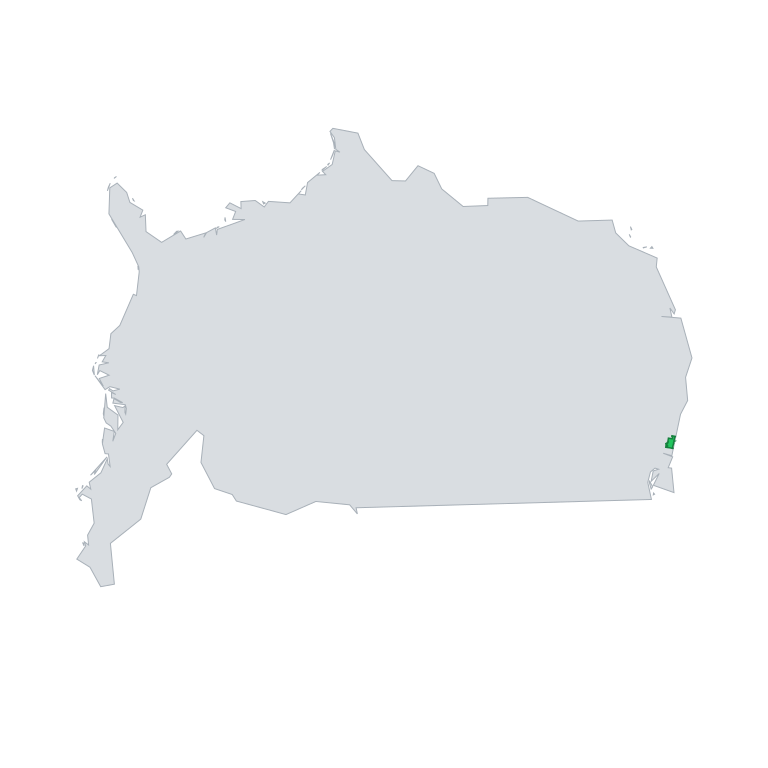 location of Tillamook, Oregon, United States of America, rotated 189°
{"feature_id": "52423323B79399989430329", "entity_name": "Tillamook", "entity_type": "district", "adm_level": 2, "iso_a3": "USA", "parent_name": "United States of America", "parent_adm1": "Oregon", "projection": "orthographic", "projection_center": [-123.717, 45.414], "detail": "fine", "context": "in_parent", "style": "filled", "palette": "green", "viewbox_px": 768, "rotation_deg": 189, "n_neighbors": 0, "source": "geoboundaries", "source_scale": "gbopen_adm2", "svg_char_len": 4597}
<svg xmlns="http://www.w3.org/2000/svg" viewBox="0 0 768 768"><g transform="rotate(189 384 384)"><path d="M603.1,212.5L629.3,183.8L619.0,144.1L632.1,139.5L645.7,157.0L660.0,163.0L653.3,177.4L655.2,181.3L650.6,178.8L653.1,188.4L648.5,201.2L655.0,224.6L664.8,228.0L667.3,224.1L664.3,221.4L666.3,222.1L669.1,225.7L661.6,236.9L657.2,234.3L659.8,240.9L649.7,252.0L645.6,266.8L644.0,261.8L641.6,259.7L645.2,271.8L648.6,271.6L652.8,280.9L653.1,296.8L643.0,295.0L642.9,285.0L641.2,293.3L647.2,299.7L652.3,302.1L655.5,306.7L657.4,331.0L653.7,317.7L641.9,311.7L639.8,297.1L635.6,305.3L646.7,320.5L638.1,319.9L636.3,322.0L635.4,315.3L634.4,313.8L634.6,319.5L636.3,323.1L648.8,322.7L648.4,327.3L641.3,324.5L639.2,324.7L648.0,327.9L650.9,327.6L651.8,332.9L647.3,331.7L655.0,334.8L654.4,336.5L650.6,334.8L644.1,337.6L654.3,338.5L658.6,334.8L670.8,347.0L660.9,338.0L666.1,344.9L656.9,349.7L666.8,352.8L668.6,348.3L668.3,358.2L659.1,361.9L665.8,361.8L663.2,368.6L669.5,367.4L661.1,375.9L661.6,391.0L654.1,400.5L645.6,433.4L642.3,432.6L643.3,456.4L644.6,461.5L653.2,474.4L682.3,509.0L685.5,534.8L679.0,540.7L668.1,532.9L663.4,523.6L649.4,518.0L651.0,510.6L646.2,513.8L642.9,497.3L625.8,489.1L608.8,503.3L602.4,496.2L583.8,505.3L585.0,500.6L582.9,505.8L575.0,511.8L572.6,504.9L572.8,510.6L547.1,524.7L559.3,522.9L557.5,531.2L567.9,533.3L564.6,538.8L552.6,534.9L553.9,541.8L539.9,545.1L530.0,540.1L526.7,546.3L505.2,548.2L496.0,562.0L498.3,558.3L491.3,558.4L491.0,571.0L480.4,583.0L482.7,579.8L474.3,581.6L478.0,584.4L469.5,592.7L468.6,606.6L463.8,606.1L468.3,608.2L471.5,619.5L476.9,625.0L474.5,628.5L449.0,627.7L440.1,612.5L407.9,586.1L394.5,587.9L384.6,604.9L367.4,599.9L357.5,585.7L333.6,571.7L309.4,576.5L310.4,583.7L271.3,590.8L217.7,575.3L184.3,581.6L178.8,569.5L163.8,558.8L133.9,551.1L133.4,542.2L107.8,502.9L108.4,498.6L113.5,503.8L110.1,495.1L120.5,494.1L101.1,495.5L83.9,457.9L87.2,437.8L81.5,415.2L86.4,400.5L88.5,358.2L97.4,359.3L87.5,357.2L90.2,345.8L86.8,345.9L80.6,322.1L102.1,326.1L98.2,338.7L104.9,329.7L104.5,340.2L99.5,342.8L103.2,343.3L107.1,338.8L108.1,328.1L101.8,311.8L392.2,257.4L390.0,251.5L399.0,259.3L433.0,257.3L460.4,239.7L511.5,245.3L516.6,251.1L535.0,254.2L552.5,277.9L553.8,304.8L561.5,309.0L586.1,270.7L579.6,262.0L581.4,258.3L598.1,245.1L603.1,212.5ZM655.5,253.3L659.6,248.0L646.2,268.7L655.9,249.3L655.5,253.3ZM103.7,322.0L106.7,328.6L106.6,329.6L102.5,324.6L103.7,322.0ZM476.1,623.2L470.8,614.2L469.7,608.4L471.5,614.2L476.1,623.2ZM654.9,177.1L656.7,179.9L655.7,180.0L654.9,177.1ZM531.1,543.0L532.3,545.1L529.6,544.1L531.1,543.0ZM145.8,560.6L149.1,559.0L149.3,559.4L145.8,560.6ZM142.1,559.8L140.9,561.6L139.6,560.1L142.1,559.8ZM666.0,233.4L665.9,236.4L665.3,236.3L666.0,233.4ZM470.4,602.4L469.6,607.6L471.9,597.2L470.4,602.4ZM673.3,497.3L678.9,504.2L672.6,496.8L673.3,497.3ZM163.6,567.6L165.2,570.2L163.4,567.9L163.6,567.6ZM687.0,535.3L685.8,539.5L687.4,531.5L687.0,535.3ZM674.1,351.8L673.7,356.6L671.5,347.5L674.1,351.8ZM100.7,316.6L100.7,318.5L99.5,317.5L100.7,316.6ZM478.6,586.2L474.6,589.9L478.5,585.5L478.6,586.2ZM670.9,230.1L672.1,232.2L670.4,233.0L670.9,230.1ZM163.9,574.9L165.2,578.0L163.4,575.3L163.9,574.9ZM473.9,592.1L472.3,593.9L473.5,591.5L473.9,592.1ZM656.6,310.8L656.8,316.9L656.0,308.9L656.6,310.8ZM495.1,564.6L492.7,567.5L496.0,562.8L495.1,564.6ZM644.7,458.4L645.6,462.3L644.4,459.9L644.7,458.4ZM670.5,367.4L670.1,368.6L671.0,364.4L670.5,367.4ZM615.2,498.8L612.7,502.4L611.4,502.7L615.2,498.8ZM573.6,511.8L573.2,512.8L571.3,513.6L573.6,511.8ZM660.2,526.0L661.5,528.2L659.5,525.8L660.2,526.0ZM566.9,521.1L567.1,523.7L565.7,519.6L566.9,521.1ZM682.3,545.7L680.7,547.1L682.8,544.8L682.3,545.7ZM653.2,282.7L653.5,285.7L652.9,281.6L653.2,282.7ZM672.5,358.6L672.0,360.1L671.7,360.1L672.5,358.6Z" fill="#d9dde1" stroke="#a8b0b8" stroke-width="1"/><path d="M94.6,371.4L94.3,371.4L94.3,371.2L94.6,371.2L94.6,370.4L94.9,370.4L94.8,369.9L95.1,369.9L95.1,369.7L95.3,369.7L95.3,369.4L95.8,369.4L95.8,369.0L96.3,369.0L96.3,368.7L96.5,368.7L96.0,368.5L96.0,368.2L95.6,368.2L95.1,368.0L95.1,367.8L94.8,367.8L94.8,367.5L94.6,367.5L94.6,367.3L94.3,367.3L94.3,366.8L95.8,366.8L95.8,365.6L94.3,365.6L91.6,365.7L88.7,365.5L88.5,365.8L88.7,366.0L88.9,366.4L89.0,366.5L89.0,366.8L89.0,367.6L88.9,368.8L88.8,369.1L88.8,370.1L88.7,370.4L88.6,370.8L88.7,371.1L88.8,371.4L88.7,372.2L88.6,372.7L88.5,372.8L88.2,373.0L88.5,373.0L88.7,373.3L88.7,374.0L88.6,375.0L88.7,375.3L88.6,376.2L88.4,377.1L88.2,377.2L88.1,377.4L88.1,377.6L88.1,377.8L91.5,377.9L91.5,377.4L90.8,377.4L90.8,375.0L94.6,375.0L94.6,374.0L94.6,372.4L94.6,371.4Z" fill="#22c55e" stroke="#15803d" stroke-width="1.5"/></g></svg>